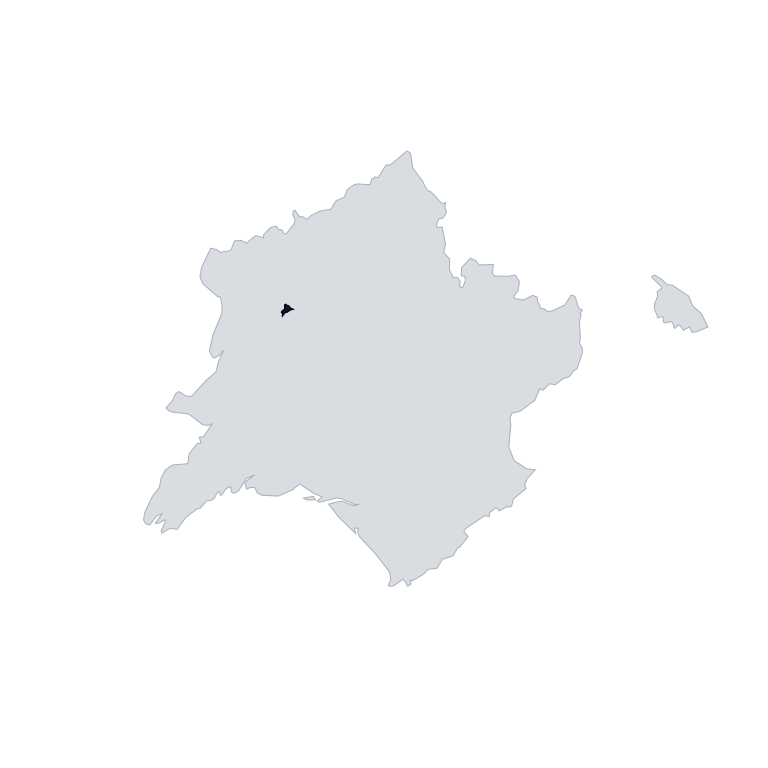 Seine-Saint-Denis highlighted on a map of France, rotated 308°
{"feature_id": "FRA-5344", "entity_name": "Seine-Saint-Denis", "entity_type": "Metropolitan department", "adm_level": 1, "iso_a3": "FRA", "parent_name": "France", "parent_adm1": "", "projection": "natural_earth1", "projection_center": [2.47, 48.909], "detail": "fine", "context": "in_parent", "style": "filled", "palette": "ink", "viewbox_px": 768, "rotation_deg": 308, "n_neighbors": 0, "source": "natural_earth", "source_scale": "10m", "svg_char_len": 4207}
<svg xmlns="http://www.w3.org/2000/svg" viewBox="0 0 768 768"><g transform="rotate(308 384 384)"><path d="M565.0,320.9L560.8,323.0L558.2,327.1L555.5,328.1L550.6,328.2L548.1,325.6L542.2,327.2L539.8,329.9L543.5,333.1L531.9,346.5L524.4,350.1L522.9,358.8L514.1,365.4L510.9,372.3L510.7,373.6L513.0,375.9L512.1,380.4L507.6,383.3L507.7,386.2L509.0,386.6L515.8,384.3L518.4,381.6L517.0,378.0L523.8,373.5L536.3,374.6L537.8,380.6L536.3,385.6L545.4,396.5L537.8,401.5L537.3,404.9L545.5,415.8L550.6,420.3L548.1,427.7L539.7,432.4L534.3,432.0L532.0,433.2L532.3,435.5L536.1,442.2L545.3,446.5L546.8,451.5L544.3,453.3L540.2,460.9L542.1,464.7L541.4,466.3L542.4,468.9L544.9,471.4L557.7,477.9L569.2,476.7L570.7,480.4L563.8,490.4L564.3,494.9L560.8,495.0L560.2,496.5L553.1,499.8L541.8,509.9L536.5,512.9L534.4,518.0L531.3,520.9L514.9,526.7L511.8,525.4L503.8,525.5L498.7,521.9L489.1,519.5L485.9,514.2L476.9,513.2L476.4,509.6L463.8,512.9L446.1,508.0L439.8,502.8L434.7,504.2L430.2,508.9L411.1,521.2L403.7,533.9L405.1,548.8L409.5,556.1L397.9,555.0L391.0,557.1L389.1,560.3L372.7,556.6L366.6,559.7L364.9,559.4L362.8,556.3L354.7,552.8L356.0,550.3L354.9,548.1L347.3,546.4L344.6,548.5L341.7,544.2L320.5,537.4L317.1,537.5L315.6,544.2L302.0,544.1L300.0,542.9L291.2,544.3L281.8,538.0L271.4,539.2L265.1,532.8L258.8,532.3L250.1,529.0L246.1,527.3L245.6,525.4L243.0,528.3L239.8,527.6L239.1,526.7L241.2,523.2L241.7,519.0L230.8,515.9L227.9,512.9L227.9,511.3L233.8,509.9L239.2,504.2L244.6,483.3L248.6,458.7L251.3,454.0L254.7,452.7L252.1,449.3L248.7,453.8L251.0,431.2L255.2,414.3L264.2,421.2L266.3,424.3L268.9,434.3L274.0,438.6L270.7,434.5L267.5,421.1L265.5,417.3L251.2,406.1L250.7,403.5L257.1,404.8L254.6,396.5L253.3,378.9L244.6,377.2L230.6,369.7L221.2,356.3L220.2,351.3L222.8,346.0L220.6,342.7L216.6,340.4L219.8,335.8L222.7,335.4L232.8,338.0L224.6,333.7L211.1,335.1L205.8,333.6L204.9,330.5L208.7,326.4L204.2,323.9L196.6,324.5L195.6,323.4L198.0,320.5L196.1,319.4L189.8,320.6L186.2,319.6L183.0,316.3L172.9,315.6L170.7,313.7L156.8,309.9L142.2,310.5L138.3,304.0L129.6,300.8L131.4,298.7L140.3,296.7L142.1,294.9L135.7,292.2L133.5,289.5L145.4,288.9L140.1,286.0L128.6,286.2L127.2,282.3L128.8,278.2L135.6,274.6L152.4,270.7L164.5,270.6L173.2,266.0L181.7,264.7L189.7,267.0L200.4,278.4L209.2,273.4L222.1,273.5L224.7,276.3L228.3,271.2L231.1,274.2L246.9,273.2L243.3,271.1L240.3,266.3L240.1,248.5L232.2,235.6L230.3,230.9L230.9,226.9L240.3,227.6L248.1,225.8L251.8,227.1L252.6,235.4L255.8,240.1L277.5,241.6L290.0,244.2L300.6,239.5L310.5,237.4L311.2,236.3L305.6,236.8L300.4,234.7L299.7,232.5L302.5,226.0L317.6,218.9L339.7,212.8L345.4,208.8L351.9,201.5L350.4,199.6L351.5,179.7L354.8,173.3L363.1,168.6L384.4,163.8L387.1,170.1L386.9,173.7L392.6,179.2L395.4,181.0L404.7,178.0L409.2,183.1L410.5,189.0L421.8,191.4L425.1,199.1L427.1,197.4L434.2,197.7L437.5,198.4L442.1,201.7L440.7,206.3L442.7,208.5L440.8,212.7L442.2,214.5L455.1,214.5L459.0,212.6L460.7,208.4L464.6,205.9L466.1,206.7L463.7,214.5L465.5,216.6L466.5,222.2L471.4,222.7L481.0,227.2L489.1,234.6L499.0,233.4L506.8,237.6L514.9,235.4L522.5,237.7L525.2,239.8L532.5,250.3L537.9,248.2L541.8,249.5L543.1,252.5L557.6,250.7L560.3,253.7L563.4,254.8L581.9,258.7L582.2,262.7L571.8,273.9L567.5,289.9L564.5,295.5L563.4,299.7L564.4,302.4L563.9,306.8L561.9,317.3L563.2,320.3L565.0,320.9ZM637.4,538.9L636.6,545.7L639.4,550.5L640.8,569.9L635.6,579.3L634.9,590.7L628.4,604.2L617.6,598.1L614.3,594.8L617.1,589.7L610.8,586.9L612.2,581.9L611.5,579.3L607.1,579.1L606.9,577.8L610.0,573.9L609.8,571.5L605.6,568.5L604.8,565.8L608.7,562.9L606.8,560.1L604.6,559.5L609.8,550.7L613.4,548.0L621.7,545.5L625.0,542.3L630.5,544.0L631.5,543.2L632.9,529.2L634.8,529.0L636.6,530.9L637.4,538.9ZM251.9,397.4L250.6,401.4L245.1,394.5L244.5,390.8L251.9,397.4Z" fill="#d9dde1" stroke="#a8b0b8" stroke-width="1"/><path d="M375.4,262.0L375.9,261.6L377.2,261.0L377.5,260.7L377.6,259.9L377.2,259.4L378.2,258.8L381.5,259.6L382.6,259.2L384.5,257.6L385.4,257.1L385.8,257.2L386.2,257.5L386.3,257.9L386.1,258.4L386.0,258.9L386.8,260.5L386.8,261.2L386.7,261.9L386.1,263.2L386.1,263.9L386.7,265.4L386.8,266.2L385.5,265.1L384.1,264.3L382.6,263.9L381.1,263.4L380.6,263.1L379.8,262.2L379.2,262.0L375.4,262.0Z" fill="#0f172a" stroke="#020617" stroke-width="1.5"/></g></svg>